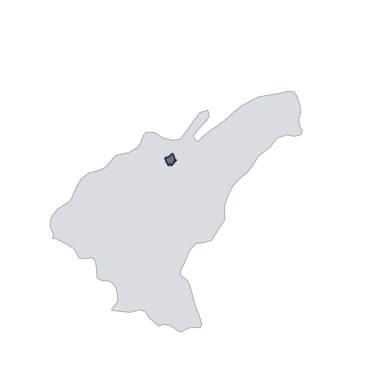 Castillo, Duarte, Dominican Republic (highlighted), rotated 310°
{"feature_id": "3306468B31891639272972", "entity_name": "Castillo", "entity_type": "district", "adm_level": 2, "iso_a3": "DOM", "parent_name": "Dominican Republic", "parent_adm1": "Duarte", "projection": "mercator", "projection_center": [-70.034, 19.235], "detail": "fine", "context": "in_parent", "style": "filled", "palette": "slate", "viewbox_px": 384, "rotation_deg": 310, "n_neighbors": 0, "source": "geoboundaries", "source_scale": "gbopen_adm2", "svg_char_len": 3178}
<svg xmlns="http://www.w3.org/2000/svg" viewBox="0 0 384 384"><g transform="rotate(310 192 192)"><path d="M67.9,252.5L68.2,239.1L70.3,233.6L68.4,227.8L59.8,221.7L54.5,213.8L49.8,206.8L50.9,205.8L60.2,205.5L63.5,202.9L69.8,195.7L71.1,190.0L70.6,185.6L66.5,180.4L64.9,174.9L69.9,170.1L76.5,163.1L77.4,160.4L77.3,157.7L69.6,150.3L69.0,147.2L72.6,139.1L72.3,133.8L68.7,117.2L67.0,114.7L70.4,113.3L72.7,108.4L75.7,104.0L79.7,101.6L84.2,100.1L93.2,100.2L105.7,104.1L109.2,104.0L121.2,100.5L131.1,98.6L140.4,100.8L144.2,103.8L151.9,108.5L155.8,110.0L168.0,109.9L171.3,110.3L181.5,118.2L190.1,121.3L195.1,121.5L204.1,118.4L208.5,118.5L213.6,125.3L214.6,134.9L218.9,143.6L225.4,149.2L257.6,146.9L264.8,151.5L262.3,155.3L257.8,157.3L242.5,156.4L235.8,156.9L234.4,160.6L234.4,164.2L243.4,165.0L252.1,166.8L261.1,169.6L270.2,171.5L280.4,172.7L290.5,174.8L307.3,181.6L325.9,197.3L330.9,200.8L334.2,205.7L332.6,211.7L325.9,221.6L322.2,224.7L316.7,226.7L313.0,230.7L309.3,237.6L307.1,238.2L304.5,237.9L300.0,234.0L296.9,228.0L287.9,222.4L277.2,223.1L261.5,219.8L252.0,221.4L242.5,221.7L232.8,220.0L223.0,219.5L213.2,221.6L203.8,225.2L200.3,227.5L194.2,233.1L191.0,235.1L167.9,238.0L161.3,233.9L155.1,228.2L146.3,227.5L133.4,231.8L125.4,233.4L122.1,235.3L121.1,237.4L121.1,245.2L119.3,250.0L106.8,268.0L99.7,280.7L96.8,284.6L93.4,285.4L87.3,278.2L83.3,275.5L78.5,274.2L76.4,270.3L76.5,264.8L75.2,259.5L72.2,255.3L67.9,252.5Z" fill="#d9dde1" stroke="#a8b0b8" stroke-width="1"/><path d="M208.8,152.7L208.6,152.7L208.4,152.4L208.1,152.1L207.9,152.0L207.7,151.9L207.4,151.9L207.2,152.0L206.9,152.0L206.6,151.9L206.3,151.9L205.8,151.9L205.6,151.8L205.3,151.7L205.1,151.7L204.9,151.6L204.4,151.6L204.1,151.6L203.9,151.5L203.6,151.2L203.2,151.0L203.0,150.9L202.9,150.9L202.8,150.7L202.4,150.4L202.2,150.2L201.9,150.2L201.6,150.0L201.2,149.9L200.9,149.6L200.7,149.5L200.4,149.6L200.2,149.8L200.2,150.1L200.0,150.5L199.9,150.8L199.8,151.2L199.8,151.3L199.7,151.5L199.6,151.9L199.5,152.1L199.4,152.2L199.4,152.3L199.1,152.4L199.0,152.5L198.9,152.5L198.5,152.6L198.6,152.9L198.6,153.0L198.4,153.3L198.2,153.5L198.3,153.9L198.3,154.0L198.3,154.3L198.2,154.5L197.8,154.9L197.8,155.0L197.7,155.1L197.6,155.4L197.6,155.5L197.5,155.8L197.4,156.0L197.2,156.3L197.2,156.5L197.2,156.9L197.4,157.2L197.6,157.1L197.8,157.1L198.0,156.9L198.1,156.7L198.3,156.7L198.5,156.7L198.6,156.8L198.9,157.0L199.0,157.1L199.3,157.2L199.6,157.4L199.7,157.5L199.7,157.8L199.6,158.0L199.3,158.4L199.2,158.4L199.1,158.5L199.0,158.8L198.8,159.0L199.2,159.3L200.3,159.3L200.6,159.3L200.8,159.3L201.1,159.4L201.2,159.5L201.3,159.5L202.7,159.5L203.0,159.5L203.2,159.4L203.3,159.4L203.5,159.2L203.7,158.9L203.9,158.7L204.0,158.6L204.3,158.6L204.5,158.8L204.6,159.2L204.6,159.3L204.8,159.4L204.8,159.5L205.0,159.5L206.2,159.5L206.2,159.1L206.2,158.9L206.0,158.6L205.9,158.4L205.8,158.2L205.8,157.9L205.9,157.7L206.0,157.6L206.4,157.4L206.5,157.3L206.6,157.2L206.8,156.8L206.9,156.7L206.9,156.4L207.2,155.8L207.3,155.7L207.5,155.6L207.8,155.2L207.9,154.9L208.0,154.8L208.0,154.7L208.4,154.4L208.5,154.3L208.5,154.2L208.5,153.9L208.6,153.7L208.7,153.4L208.7,153.2L208.8,152.7Z" fill="#64748b" stroke="#1e293b" stroke-width="1.5"/></g></svg>